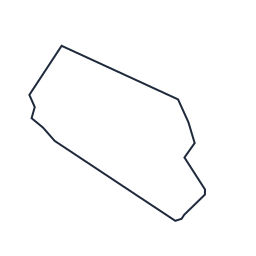 outline of Vance, North Carolina, United States of America, rotated 304°
{"feature_id": "52423323B47180624843803", "entity_name": "Vance", "entity_type": "district", "adm_level": 2, "iso_a3": "USA", "parent_name": "United States of America", "parent_adm1": "North Carolina", "projection": "robinson", "projection_center": [-78.426, 36.354], "detail": "fine", "context": "isolated", "style": "outline", "palette": "slate", "viewbox_px": 256, "rotation_deg": 304, "n_neighbors": 0, "source": "geoboundaries", "source_scale": "gbopen_adm2", "svg_char_len": 377}
<svg xmlns="http://www.w3.org/2000/svg" viewBox="0 0 256 256"><g transform="rotate(304 128 128)"><path d="M159.0,27.0L109.4,27.6L107.2,27.6L100.3,27.7L93.2,39.0L82.2,42.6L80.8,57.3L76.3,74.4L77.1,175.0L77.5,219.1L82.7,223.2L87.5,223.1L115.8,229.0L120.1,226.2L135.1,191.3L152.8,191.7L166.6,174.8L179.7,153.5L159.0,27.0Z" fill="none" stroke="#1e293b" stroke-width="2"/></g></svg>